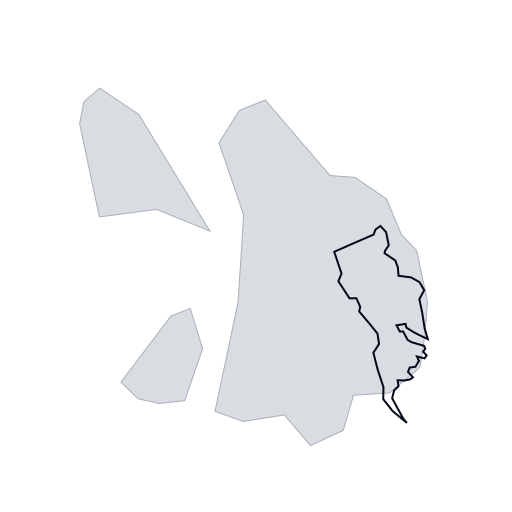 where North sits in Hong Kong S.A.R., rotated 78°
{"feature_id": "HKG-5168", "entity_name": "North", "entity_type": "state/province", "adm_level": 1, "iso_a3": "HKG", "parent_name": "Hong Kong S.A.R.", "parent_adm1": "", "projection": "orthographic", "projection_center": [114.21, 22.516], "detail": "fine", "context": "in_parent", "style": "outline", "palette": "ink", "viewbox_px": 512, "rotation_deg": 78, "n_neighbors": 0, "source": "natural_earth", "source_scale": "10m", "svg_char_len": 1445}
<svg xmlns="http://www.w3.org/2000/svg" viewBox="0 0 512 512"><g transform="rotate(78 256 256)"><path d="M199.6,143.0L201.8,140.9L227.3,116.5L264.8,109.4L284.6,97.7L336.2,97.7L367.9,107.1L397.8,118.2L400.7,121.8L417.7,153.8L412.5,189.6L444.7,206.9L452.7,242.1L417.3,261.4L415.2,302.9L399.4,328.4L297.3,283.1L213.2,259.5L137.6,268.7L110.1,242.0L105.3,214.6L192.7,166.9L199.6,143.0ZM185.2,401.1L89.8,401.0L69.4,392.3L59.3,374.1L93.2,341.2L222.0,295.9L189.7,343.7L185.2,401.1ZM371.0,401.2L351.3,414.3L297.0,351.7L293.7,331.2L335.6,327.5L382.7,355.8L380.1,381.5L371.0,401.2Z" fill="#d9dde1" stroke="#a8b0b8" stroke-width="1"/><path d="M324.4,98.6L332.2,105.2L345.5,105.2L362.0,106.1L369.2,105.5L373.0,105.2L367.1,113.0L363.1,117.8L357.3,123.8L353.5,123.8L353.0,133.0L359.8,131.0L360.4,127.8L369.6,125.1L372.7,121.7L378.8,110.3L381.9,109.7L384.4,112.4L388.7,109.7L391.2,112.4L387.7,119.5L392.4,118.4L397.5,123.1L397.1,128.9L401.0,131.4L407.3,127.7L408.7,131.0L408.7,136.4L407.0,143.3L413.0,143.7L416.2,148.9L423.5,152.4L445.7,145.8L450.6,143.1L436.1,154.6L422.5,161.3L410.8,158.6L392.3,160.6L375.0,161.3L367.6,153.9L357.1,153.3L345.3,159.3L331.7,166.6L327.4,164.6L318.2,166.6L316.9,173.3L297.8,180.7L291.0,176.0L268.1,178.6L263.8,157.9L259.5,136.5L254.9,133.6L252.5,128.1L259.7,123.8L273.1,123.9L277.6,128.6L280.0,129.7L289.3,120.7L296.7,119.6L305.0,120.7L309.1,108.9L315.5,101.5L324.4,98.6Z" fill="none" stroke="#020617" stroke-width="2"/></g></svg>